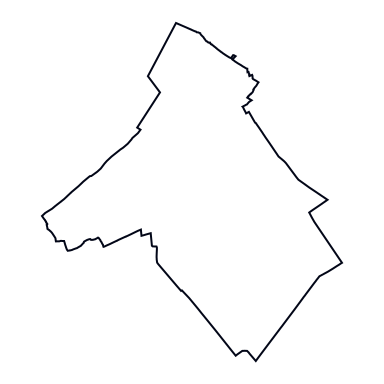 Elburg, Gelderland, Netherlands
{"feature_id": "6326949B24126125821368", "entity_name": "Elburg", "entity_type": "district", "adm_level": 2, "iso_a3": "NLD", "parent_name": "Netherlands", "parent_adm1": "Gelderland", "projection": "albers", "projection_center": [5.826, 52.416], "detail": "fine", "context": "isolated", "style": "outline", "palette": "ink", "viewbox_px": 384, "rotation_deg": 0, "n_neighbors": 0, "source": "geoboundaries", "source_scale": "gbopen_adm2", "svg_char_len": 5296}
<svg xmlns="http://www.w3.org/2000/svg" viewBox="0 0 384 384"><path d="M255.8,361.0L258.2,357.7L269.7,342.4L280.8,327.7L282.0,326.2L283.7,323.9L294.6,309.4L302.2,299.1L304.0,296.6L304.7,295.8L305.2,295.1L305.7,294.4L306.2,293.7L306.7,293.1L306.9,292.8L314.4,282.8L315.6,281.3L316.8,279.6L317.5,278.8L319.4,276.3L320.1,275.9L327.9,271.7L332.8,268.7L336.8,266.1L339.1,264.7L341.0,263.4L342.0,262.8L314.4,222.0L312.0,217.8L309.2,212.5L312.4,210.2L318.9,205.8L327.5,199.8L320.7,195.2L315.4,191.6L312.7,189.8L309.4,187.6L298.4,179.7L296.4,177.2L286.0,163.2L284.9,162.0L284.0,161.1L279.0,156.9L278.6,156.6L269.4,143.0L268.5,141.7L265.5,137.4L264.7,136.2L264.1,135.2L263.8,134.9L262.1,132.2L261.6,131.5L258.7,127.2L257.7,125.8L256.1,123.5L256.1,123.3L255.1,122.7L253.3,119.6L248.9,111.9L246.1,113.4L245.6,112.3L245.0,111.1L244.7,110.6L244.1,109.5L243.0,107.1L242.7,106.8L242.6,106.7L242.8,106.6L243.6,106.1L244.7,105.6L245.8,104.9L246.9,104.5L247.7,103.5L248.9,102.1L249.3,101.8L251.6,100.3L247.3,97.7L248.3,96.6L248.1,96.4L250.3,94.2L250.6,93.9L250.8,94.1L252.6,92.2L253.3,90.6L253.7,89.8L253.6,89.7L253.4,89.4L253.6,89.2L254.6,87.7L254.9,87.4L255.2,87.0L256.3,85.8L256.6,85.3L257.2,84.2L258.0,83.0L258.5,82.3L257.2,81.5L256.0,80.7L253.1,79.1L252.7,78.6L252.6,78.4L252.7,78.2L252.5,76.8L252.5,76.0L252.5,75.9L252.1,74.9L249.4,76.1L249.1,75.1L249.7,74.9L249.6,74.6L249.4,74.2L248.7,72.8L248.5,71.9L248.1,71.9L247.9,72.0L247.5,72.2L247.4,71.7L247.4,70.7L247.3,69.8L247.3,68.7L246.8,68.6L246.0,68.3L244.1,67.1L243.3,66.7L242.7,66.3L241.9,65.8L241.4,65.4L237.5,63.1L236.5,62.4L235.2,61.6L233.6,60.3L233.0,60.0L232.5,59.6L232.4,59.5L235.6,56.2L234.0,55.3L233.8,55.5L233.1,55.2L232.7,55.7L231.1,58.2L230.5,57.9L230.1,57.7L229.9,57.7L229.3,57.4L226.4,55.6L226.2,55.5L225.7,55.1L225.4,55.0L224.5,54.3L224.0,54.0L223.5,53.7L223.1,53.4L222.7,53.1L222.3,52.8L222.0,52.5L221.5,52.2L221.2,52.1L220.9,51.7L220.7,51.6L220.2,51.3L220.1,51.2L219.8,50.9L219.7,50.8L219.2,50.5L217.5,49.2L217.2,49.0L217.0,48.8L216.7,48.4L216.2,48.1L215.8,47.8L215.6,47.5L215.4,47.3L215.0,47.1L214.7,46.9L214.5,46.7L213.7,46.1L213.6,45.9L213.4,45.8L213.2,45.6L212.8,45.3L212.4,45.1L212.2,45.0L212.0,44.6L211.9,44.6L211.7,44.5L211.4,44.3L211.3,44.2L211.0,44.2L210.9,44.2L210.5,43.7L210.4,43.4L210.3,43.2L210.2,42.9L210.1,42.7L209.8,42.8L209.5,42.7L209.4,42.7L209.2,42.8L208.9,42.7L208.7,42.4L208.3,42.4L208.1,42.4L207.6,42.0L207.3,41.6L207.0,41.4L206.5,41.3L206.4,41.1L206.0,40.9L205.4,40.1L205.1,39.6L205.0,39.4L204.1,38.4L203.8,37.8L203.6,37.4L203.2,37.0L201.5,35.3L200.8,34.5L200.5,34.1L200.4,33.8L200.2,33.4L200.2,33.2L199.8,33.0L199.5,32.9L199.1,32.8L198.5,32.5L197.9,32.3L197.6,32.3L196.8,32.3L196.6,32.2L196.3,31.9L195.9,31.5L195.6,31.4L195.3,31.4L194.7,31.2L193.8,30.8L192.4,30.2L191.8,29.9L176.0,23.0L147.9,76.2L160.0,92.4L137.2,127.6L140.5,129.7L137.9,133.2L132.4,138.0L131.5,139.4L127.8,143.7L123.1,147.7L120.4,149.5L111.5,156.6L106.8,161.0L104.5,163.6L100.8,168.5L97.3,171.7L91.3,176.0L89.8,176.2L83.3,181.6L78.4,186.3L71.5,192.1L64.1,199.1L55.3,206.0L52.1,208.7L45.3,212.9L42.0,216.0L44.0,218.9L44.1,219.0L44.5,219.5L44.8,219.8L45.0,220.0L45.1,220.6L45.5,220.9L45.9,221.4L46.0,221.6L46.1,221.8L46.0,222.1L46.1,222.3L46.4,222.6L46.6,222.9L46.9,223.4L46.9,223.5L46.7,223.7L46.7,223.8L46.8,223.8L47.0,223.8L47.3,224.0L47.3,224.3L47.1,224.6L46.9,224.7L46.7,224.7L46.7,224.8L46.7,225.0L46.8,225.2L46.9,225.5L47.0,226.2L47.2,227.0L47.3,227.5L47.4,228.1L47.4,228.5L47.4,228.8L47.9,229.1L48.0,229.3L48.2,229.5L49.1,230.0L49.6,230.5L49.9,230.7L50.0,230.9L50.8,231.5L51.2,232.0L51.7,232.5L52.5,233.6L54.6,236.8L55.0,237.5L55.4,238.1L55.5,238.5L55.7,240.2L55.8,240.8L55.9,241.4L56.2,241.4L58.0,241.3L59.4,241.3L60.0,241.1L60.6,240.9L60.8,240.9L61.5,240.9L62.3,241.0L62.8,241.0L64.1,241.0L64.5,242.3L65.1,244.4L65.2,244.8L65.9,246.8L66.0,247.2L66.6,248.9L66.8,249.3L66.9,249.5L67.2,250.0L67.4,250.3L67.8,250.8L69.7,250.4L69.8,250.5L71.9,250.0L73.2,249.4L76.2,248.3L76.8,248.2L78.4,247.2L80.7,245.9L81.2,245.5L81.3,245.3L81.6,244.9L82.2,244.4L82.8,243.6L83.1,243.4L83.5,243.0L83.8,242.7L83.8,242.4L83.8,242.2L83.9,241.9L84.0,241.7L84.8,241.2L87.2,239.9L87.8,239.7L89.0,239.3L89.3,239.2L90.3,239.1L90.6,239.4L90.9,239.8L91.1,239.8L91.8,239.9L93.0,239.8L94.1,239.5L94.7,239.4L94.9,239.4L95.1,239.2L95.3,239.1L96.4,238.6L98.0,237.6L98.5,237.8L98.7,238.0L99.4,238.9L99.9,239.7L100.2,239.9L100.3,240.1L100.8,241.3L101.1,241.7L101.4,242.0L101.5,242.1L101.8,242.8L102.2,243.7L102.4,244.0L102.7,244.4L102.9,244.6L103.0,244.9L103.1,245.6L103.3,246.2L103.4,246.5L103.5,246.8L104.3,246.6L106.6,245.5L109.6,244.2L113.3,242.4L116.5,240.9L116.8,240.9L117.1,240.6L118.9,239.7L124.8,237.0L125.9,236.5L126.0,236.6L126.5,236.3L127.9,235.7L129.3,235.0L130.4,234.5L136.1,231.7L138.0,230.8L140.9,229.6L141.2,232.9L141.3,233.8L141.5,235.8L143.0,235.4L145.7,234.6L146.0,234.5L150.7,233.2L151.9,245.7L152.3,246.1L152.7,246.4L156.5,246.5L156.9,247.6L156.9,249.3L156.7,253.3L156.6,256.1L156.6,256.5L156.6,257.6L156.7,258.7L156.7,259.5L157.1,262.4L157.2,262.7L157.7,263.4L158.0,263.8L158.3,264.2L162.9,269.6L176.6,285.7L181.1,290.9L181.9,290.4L189.1,298.0L197.8,308.5L201.7,313.4L206.6,319.4L215.2,330.0L231.1,350.0L235.7,355.7L237.2,354.5L242.3,350.9L244.7,350.8L247.1,350.9L248.8,352.6L249.4,353.5L255.8,361.0Z" fill="none" stroke="#020617" stroke-width="2"/></svg>